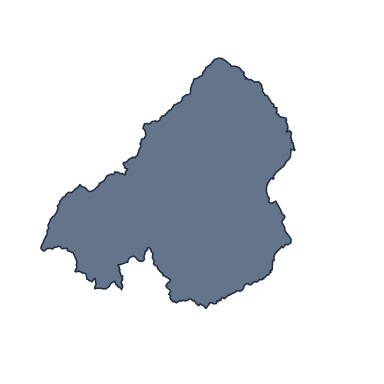 Rong Kwang, Phrae, Thailand, rotated 209°
{"feature_id": "78962969B55827771181130", "entity_name": "Rong Kwang", "entity_type": "district", "adm_level": 2, "iso_a3": "THA", "parent_name": "Thailand", "parent_adm1": "Phrae", "projection": "natural_earth1", "projection_center": [100.384, 18.327], "detail": "fine", "context": "isolated", "style": "filled", "palette": "slate", "viewbox_px": 384, "rotation_deg": 209, "n_neighbors": 0, "source": "geoboundaries", "source_scale": "gbopen_adm2", "svg_char_len": 5977}
<svg xmlns="http://www.w3.org/2000/svg" viewBox="0 0 384 384"><g transform="rotate(209 192 192)"><path d="M214.1,323.3L217.2,321.9L218.6,320.9L220.4,322.1L222.1,322.1L225.4,323.0L230.2,323.3L233.1,322.4L236.7,318.6L237.5,312.7L240.2,307.6L239.8,305.2L240.4,301.8L239.6,299.7L240.4,297.7L241.4,296.7L242.2,294.3L244.6,292.2L245.0,291.3L244.1,287.8L244.3,285.7L243.5,283.3L243.6,282.1L241.4,278.1L241.2,276.4L244.3,274.1L246.2,270.0L245.4,268.0L245.5,265.4L246.1,264.3L247.1,263.5L248.2,261.3L250.0,259.5L249.9,258.0L250.2,257.0L250.0,256.3L250.2,253.6L251.4,252.8L253.1,245.6L253.8,244.7L255.1,243.9L255.0,243.0L255.7,241.5L255.0,239.6L255.3,238.5L256.7,236.6L258.5,236.5L259.3,235.5L260.8,234.6L261.3,233.9L261.4,232.6L262.7,230.7L264.5,230.2L266.6,228.6L266.1,225.1L265.5,223.7L263.4,223.3L261.1,221.1L260.8,220.2L259.9,219.6L259.7,218.4L259.9,215.6L261.8,213.5L260.7,210.9L260.9,208.9L260.2,208.8L259.3,208.1L258.7,205.3L258.8,202.4L258.1,201.2L258.2,200.3L257.6,198.3L258.0,196.6L258.4,196.1L258.4,194.5L260.9,193.6L261.2,192.5L262.2,191.6L262.4,190.7L263.1,189.9L263.7,186.6L266.0,184.6L266.1,183.7L265.6,182.9L263.9,182.3L262.5,180.5L259.5,180.7L260.0,177.1L258.7,175.1L259.9,174.3L262.3,174.3L264.1,173.1L266.2,173.6L267.8,172.5L269.1,172.4L268.9,171.0L269.3,169.1L271.4,168.4L274.1,165.2L274.4,162.3L274.1,160.7L274.3,159.5L276.0,156.2L277.2,155.0L276.9,152.7L277.0,151.0L277.7,149.8L278.0,148.1L279.0,145.7L281.4,142.9L282.1,142.6L284.3,142.8L287.7,144.1L291.4,143.1L292.7,144.2L293.7,143.9L294.2,139.9L295.4,138.6L296.7,133.4L299.8,131.9L300.9,129.2L300.9,126.4L302.6,124.6L302.5,122.7L303.1,119.9L302.2,117.1L303.1,114.9L302.6,114.0L301.3,113.2L300.6,108.0L300.9,104.6L302.0,102.6L301.9,101.1L302.7,99.5L302.0,97.9L301.9,93.2L299.6,90.4L300.1,87.8L298.0,84.8L298.4,82.7L298.1,80.6L298.2,79.0L297.9,77.7L298.0,76.8L297.6,75.5L297.8,73.9L297.1,70.0L296.4,69.1L293.9,68.4L292.5,68.9L292.0,69.6L291.7,71.5L291.2,72.5L288.0,74.3L286.2,74.5L285.7,76.8L283.9,78.0L282.8,79.5L280.8,80.3L278.2,79.3L274.5,82.0L273.7,82.2L273.4,82.1L273.1,80.7L272.4,80.3L269.4,81.0L267.8,80.8L266.6,81.4L260.5,76.6L258.9,75.1L258.1,73.5L258.0,72.2L256.0,70.4L256.2,66.9L255.6,65.8L254.2,66.1L253.2,67.6L252.2,68.0L250.6,68.0L249.5,68.5L248.5,67.9L247.5,68.7L245.1,69.0L241.5,64.8L240.6,65.2L239.3,64.7L237.6,65.1L236.6,64.8L235.8,65.3L235.7,68.2L235.2,69.3L234.8,69.5L232.5,66.1L231.4,65.2L231.0,63.9L231.1,62.2L230.2,60.4L229.7,60.5L228.4,61.9L226.6,62.6L225.6,63.5L222.4,64.3L221.4,65.2L220.6,65.2L218.5,69.3L218.6,70.5L218.9,70.9L218.7,72.2L217.5,74.9L216.1,76.5L213.9,74.1L212.3,74.3L211.2,73.3L207.8,73.2L206.3,72.6L206.8,76.0L207.9,76.2L208.2,77.3L209.0,77.4L210.3,78.7L210.1,81.5L210.6,82.4L211.6,82.5L211.6,84.7L212.2,84.9L213.3,84.5L214.2,85.0L215.3,86.4L215.9,86.3L216.5,87.4L217.4,87.6L217.3,89.2L218.3,89.5L218.7,90.5L219.9,91.5L221.2,92.0L221.5,92.6L220.5,93.0L219.3,94.0L215.6,98.3L214.2,99.4L214.8,101.3L214.7,103.7L214.1,105.3L211.8,107.7L210.4,107.7L206.6,106.3L204.4,106.0L203.1,106.4L202.6,107.1L201.5,107.8L201.1,109.0L201.0,110.4L202.3,111.5L203.1,113.9L203.3,115.6L204.2,117.2L203.1,118.6L203.0,120.2L204.1,121.3L202.6,122.5L199.9,121.7L199.5,120.7L196.1,119.1L195.9,117.8L194.8,115.3L191.6,113.2L190.9,110.5L188.6,109.9L187.0,110.4L184.3,108.0L182.7,107.8L181.9,107.1L177.8,106.4L177.1,105.0L176.7,104.9L172.4,105.2L168.1,104.6L167.9,103.4L169.1,100.9L169.4,97.6L169.2,97.2L167.2,96.0L165.5,96.0L163.1,95.2L162.6,94.5L162.8,91.4L160.8,91.1L159.9,89.0L158.7,87.8L157.3,87.6L155.8,86.7L155.0,87.0L154.5,88.0L153.4,87.4L151.8,87.6L150.3,90.7L149.2,90.9L147.0,93.0L145.0,93.5L143.7,94.8L142.3,97.2L141.2,97.9L138.6,97.2L137.7,97.4L137.1,98.0L134.5,96.6L131.6,95.7L130.7,96.8L130.7,98.1L130.4,98.3L128.9,97.8L126.7,98.3L124.1,97.0L123.5,97.0L123.1,97.9L122.9,100.6L122.5,101.5L123.0,103.4L120.9,104.7L119.1,104.6L116.7,106.1L117.2,108.7L115.8,108.9L115.9,110.7L114.2,111.0L114.8,113.4L114.5,114.2L114.3,114.5L112.6,114.2L111.6,114.6L111.7,115.8L110.7,117.1L110.5,119.5L109.0,120.0L108.8,121.2L107.8,122.0L107.2,123.6L106.1,124.3L105.2,126.2L105.1,127.4L104.0,127.7L103.1,128.4L101.8,128.5L100.8,129.8L100.3,131.9L100.8,135.8L100.0,137.9L98.2,139.1L97.1,138.6L95.7,139.3L94.9,140.7L94.5,143.4L93.7,143.7L93.4,144.2L92.2,144.3L90.6,146.7L90.8,147.2L90.6,148.2L89.9,148.6L89.1,148.6L88.4,149.2L87.9,150.0L88.1,150.6L87.3,150.8L87.7,151.5L87.4,151.6L86.5,154.0L86.4,155.3L84.7,156.7L84.8,158.9L84.1,160.2L85.5,160.9L85.2,161.8L84.7,161.8L84.1,162.7L88.1,170.9L87.2,171.5L87.2,172.8L88.6,174.0L89.0,176.3L89.6,177.7L89.3,178.2L88.3,183.1L87.6,184.6L87.3,187.7L85.4,187.3L84.3,191.8L82.6,192.3L80.9,195.5L82.2,198.3L83.2,199.3L91.7,203.1L94.1,206.2L98.5,208.8L99.0,210.2L98.5,214.6L99.5,216.1L102.9,216.8L105.6,219.2L114.3,224.6L116.7,221.0L119.3,220.4L120.2,220.6L121.1,223.8L121.7,224.3L122.4,224.2L124.8,226.0L125.3,226.8L126.9,228.1L129.3,232.7L129.9,237.4L129.5,241.3L129.1,242.6L127.3,242.5L127.0,243.0L127.1,244.0L128.2,244.0L128.4,244.8L128.4,246.4L127.8,247.9L128.1,249.2L124.9,257.9L124.2,258.8L124.2,264.5L123.5,266.3L122.9,270.1L126.1,277.5L122.4,278.1L122.6,279.1L124.1,279.6L124.4,280.7L125.9,282.0L127.6,284.0L128.2,283.6L129.0,283.7L129.3,285.5L130.2,285.9L131.3,287.1L132.1,287.1L132.2,288.3L133.1,289.9L133.6,291.7L134.1,292.2L135.4,292.8L136.4,292.8L137.7,290.7L138.7,290.5L138.4,293.0L138.9,293.9L139.4,293.8L139.5,295.1L140.7,296.6L142.0,297.3L142.3,298.2L144.0,298.6L144.3,299.4L143.9,300.1L145.2,302.1L147.6,301.7L150.9,300.5L153.3,301.2L154.1,301.9L156.0,301.5L157.0,302.6L156.5,303.0L156.6,303.6L158.4,305.7L158.5,306.7L159.1,306.7L160.1,306.1L160.6,306.4L161.8,306.2L162.9,308.2L165.7,308.5L172.5,312.5L173.3,312.6L175.1,312.0L175.7,312.7L179.2,314.2L179.9,316.3L180.8,316.4L183.0,319.4L186.1,320.6L187.9,320.5L188.9,319.6L191.0,318.6L195.2,318.9L196.5,317.7L199.5,318.1L199.6,317.0L199.9,316.8L200.7,318.2L203.8,319.7L204.1,320.5L204.1,321.4L204.9,322.1L205.9,321.7L210.6,323.6L214.1,323.3Z" fill="#64748b" stroke="#1e293b" stroke-width="1.5"/></g></svg>